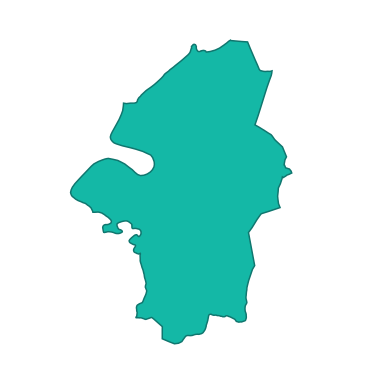 Kota Pangkal Pinang, Bangka-Belitung, Indonesia (Robinson projection), rotated 251°
{"feature_id": "22746128B92282941938888", "entity_name": "Kota Pangkal Pinang", "entity_type": "district", "adm_level": 2, "iso_a3": "IDN", "parent_name": "Indonesia", "parent_adm1": "Bangka-Belitung", "projection": "robinson", "projection_center": [106.108, -2.109], "detail": "fine", "context": "isolated", "style": "filled", "palette": "teal", "viewbox_px": 384, "rotation_deg": 251, "n_neighbors": 0, "source": "geoboundaries", "source_scale": "gbopen_adm2", "svg_char_len": 5933}
<svg xmlns="http://www.w3.org/2000/svg" viewBox="0 0 384 384"><g transform="rotate(251 192 192)"><path d="M148.6,270.2L152.8,270.0L157.3,270.9L160.2,271.6L164.2,273.5L167.7,275.0L171.0,278.2L175.5,281.6L176.7,282.3L176.3,282.5L176.2,282.8L176.1,283.1L175.9,283.3L176.2,283.9L176.5,285.6L177.1,287.4L177.1,289.5L177.5,292.5L179.5,292.5L182.0,291.6L184.4,288.4L187.5,288.2L187.7,287.9L192.2,290.4L194.5,292.8L205.2,292.2L212.9,288.1L214.8,287.2L218.7,286.1L220.5,285.4L223.1,283.2L226.2,280.8L231.1,276.8L235.0,273.4L242.6,279.3L248.8,283.9L262.0,293.6L266.7,297.1L272.4,301.6L276.3,304.8L278.4,306.1L280.5,307.1L280.6,305.1L281.5,302.8L282.1,300.4L282.9,298.7L284.6,296.1L286.1,295.5L291.0,295.2L296.4,294.7L303.4,294.2L308.7,293.8L315.8,293.4L318.1,288.0L322.1,279.0L322.8,277.7L323.0,277.7L322.6,275.8L321.5,273.1L320.9,271.1L320.5,269.9L319.9,267.7L319.1,264.9L318.6,260.1L318.9,255.0L319.6,251.3L319.8,251.0L320.8,250.8L321.4,250.2L322.1,249.1L322.3,248.2L322.5,246.7L322.4,246.7L322.3,246.3L322.4,244.5L323.1,243.4L324.0,243.1L325.0,242.8L325.8,242.8L327.1,243.0L327.8,243.4L329.0,243.4L330.1,243.2L330.7,242.5L331.0,242.0L331.0,241.0L330.3,240.2L330.0,239.1L329.6,238.8L328.0,238.4L328.0,238.2L327.9,238.0L326.4,236.9L325.5,236.3L324.5,235.4L323.7,234.2L322.9,232.7L322.0,230.5L320.3,226.4L319.3,223.8L318.5,221.6L317.2,217.9L317.0,217.3L316.1,215.1L314.8,211.0L313.9,209.2L313.5,207.9L312.8,205.7L312.4,204.7L312.0,204.0L311.1,202.8L310.4,201.6L309.5,199.9L307.2,194.7L305.9,191.5L304.8,188.3L303.9,185.3L303.3,183.1L302.7,181.3L301.7,179.1L300.1,175.5L299.3,174.5L298.7,173.0L298.2,172.1L297.7,171.6L297.4,171.2L296.8,170.5L296.1,170.1L295.4,169.7L295.1,169.1L294.7,168.6L294.8,166.4L296.0,162.9L296.7,159.8L296.7,159.6L296.9,158.8L298.3,156.2L295.7,155.1L291.4,152.9L288.1,150.2L284.3,146.7L281.2,143.3L275.0,136.4L272.7,134.1L270.6,132.7L268.7,132.4L267.0,132.7L265.3,133.4L263.8,134.3L262.1,136.2L258.3,141.3L254.1,147.9L250.8,152.8L246.4,158.7L243.5,161.7L240.4,165.0L237.3,166.0L232.9,166.1L230.3,165.4L228.2,164.3L225.9,161.8L224.5,159.2L223.6,155.6L223.5,152.1L224.3,148.6L226.2,146.3L229.2,144.4L232.5,142.8L236.4,140.1L240.3,137.6L243.7,134.4L246.0,132.1L248.4,128.3L251.0,123.8L251.3,122.2L251.5,120.2L251.5,117.3L251.3,113.4L250.5,108.4L249.1,105.1L245.1,97.4L242.8,92.9L240.7,89.0L238.1,84.2L235.5,80.5L233.3,78.4L231.0,77.0L229.4,76.9L227.9,77.0L226.7,77.4L225.2,78.4L223.2,79.6L221.0,81.5L218.8,84.1L217.3,85.6L216.1,87.3L215.2,88.0L213.6,89.0L212.2,90.1L210.0,91.3L208.7,91.5L206.3,91.8L205.1,91.7L204.5,93.5L203.6,96.8L202.5,98.5L201.4,100.0L200.2,100.9L199.3,101.7L197.1,103.1L195.5,104.4L193.2,105.6L192.4,106.0L191.7,106.2L190.7,106.3L189.9,105.9L189.1,105.3L188.8,104.1L188.6,102.7L188.8,101.0L189.3,99.9L189.4,98.5L189.2,97.6L188.6,96.7L187.5,96.0L183.9,95.4L182.6,95.4L182.2,96.1L182.0,97.8L181.9,99.2L181.6,100.3L180.5,102.7L179.9,103.6L179.3,104.5L178.0,106.0L177.4,106.9L176.7,108.7L176.5,109.8L176.5,111.0L176.7,112.4L177.0,113.1L177.6,113.3L178.5,113.0L179.5,112.2L180.1,111.3L180.9,110.5L182.2,110.2L183.4,110.2L184.4,110.1L185.4,110.4L186.2,110.7L186.6,111.6L186.9,112.9L186.9,115.1L186.9,116.0L186.7,118.0L186.2,120.2L185.4,121.6L184.4,122.5L183.0,123.5L181.5,124.4L180.4,124.5L179.6,124.1L178.9,124.0L178.2,123.7L177.1,123.7L176.7,124.1L176.4,125.1L176.2,126.2L175.7,127.3L175.2,128.1L174.6,129.0L174.2,129.7L173.7,130.2L172.7,130.7L171.5,130.9L170.5,130.7L169.4,130.3L168.6,129.8L167.9,129.0L167.4,128.3L167.1,127.3L167.6,126.7L168.4,126.5L169.6,125.8L169.8,125.0L169.8,123.6L168.4,119.9L167.4,117.9L166.8,117.1L166.4,116.7L165.7,116.6L165.1,116.6L164.1,117.0L162.2,118.7L161.6,119.3L161.1,119.9L160.9,120.5L160.1,121.2L159.5,121.1L158.7,120.4L158.1,119.6L157.4,118.8L156.9,118.3L156.0,117.8L155.4,117.7L154.5,117.7L153.9,117.9L153.0,118.7L152.6,119.3L151.7,120.0L151.4,120.6L150.8,121.2L150.7,122.2L150.9,123.0L150.3,123.1L149.1,122.3L147.0,121.7L145.4,121.2L143.8,120.6L141.9,120.4L140.1,120.4L136.9,120.2L134.6,120.3L133.0,120.2L131.3,120.0L129.5,119.9L128.2,119.6L126.4,119.3L125.1,119.3L122.0,119.1L120.3,118.8L118.7,117.6L117.3,116.9L114.8,117.0L113.9,117.1L112.7,116.7L110.7,115.4L109.2,114.1L107.2,112.2L105.9,111.1L104.5,110.0L103.6,108.8L103.4,105.5L103.1,104.9L103.0,104.0L102.8,103.4L102.3,102.8L101.8,102.4L101.1,102.0L100.7,101.8L99.9,101.6L98.8,101.4L97.5,101.0L96.8,101.0L95.9,100.9L94.8,100.4L93.2,99.6L92.7,99.5L92.3,98.9L91.8,98.2L91.5,98.2L91.4,98.2L91.0,98.9L90.8,99.8L90.2,101.1L89.6,103.0L89.0,103.7L88.0,105.0L87.4,105.8L86.9,106.2L86.6,107.1L86.6,108.7L86.6,110.6L86.6,112.7L86.4,113.1L85.9,113.5L84.5,114.4L74.4,120.1L71.6,119.1L62.9,116.1L58.0,121.5L54.2,126.0L54.0,127.0L53.5,129.5L53.4,130.0L53.6,131.8L53.9,133.7L55.4,135.7L57.3,138.4L57.8,139.5L57.9,140.3L57.7,141.4L56.8,143.5L56.6,144.2L56.3,145.6L56.3,146.3L56.3,148.0L56.2,148.9L56.0,150.0L55.7,151.0L55.2,152.1L55.1,153.3L55.0,155.0L55.4,156.6L56.4,158.0L57.3,159.2L58.6,160.4L60.3,161.6L61.4,162.1L62.8,163.2L65.3,165.0L69.9,167.6L70.4,168.4L70.5,169.2L70.4,169.8L70.2,170.3L69.8,170.6L69.5,170.9L69.2,171.2L68.6,172.1L68.3,172.6L68.1,173.7L67.7,174.8L67.4,175.1L67.0,175.5L66.5,176.8L66.2,177.4L65.8,178.0L65.3,178.5L64.9,179.4L64.6,179.9L64.1,180.4L63.8,181.2L63.6,181.7L63.5,182.7L63.8,183.4L63.8,183.9L63.7,184.5L63.2,185.4L62.6,185.9L61.7,187.2L61.1,187.8L60.5,188.4L58.1,190.7L57.4,191.2L56.5,191.4L55.2,191.8L53.7,193.9L53.6,194.6L53.4,195.6L53.1,196.2L53.0,196.8L53.0,197.6L53.0,198.5L53.0,199.5L53.0,200.2L53.3,200.8L53.8,201.3L54.5,201.7L55.2,202.3L56.2,202.7L57.1,202.9L58.7,203.4L59.8,203.5L60.8,203.5L62.1,203.5L64.0,204.0L64.7,204.2L66.5,205.0L67.3,205.6L68.1,206.3L68.6,207.1L69.7,207.9L70.9,208.1L73.7,208.4L75.1,208.8L76.5,209.5L79.7,210.9L81.7,212.0L83.5,212.7L85.6,214.0L87.6,215.3L89.9,216.8L99.2,224.0L102.0,227.3L135.3,232.2L138.7,237.1L141.9,241.0L144.8,244.5L148.1,249.1L148.7,250.0L148.9,251.0L148.7,257.9L148.6,270.2Z" fill="#14b8a6" stroke="#0f766e" stroke-width="1.5"/></g></svg>